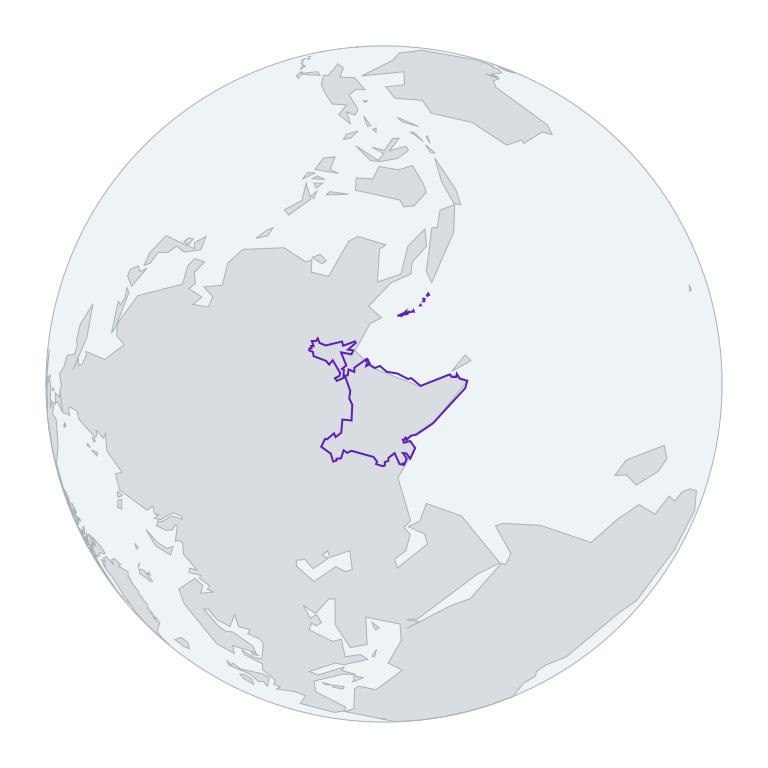 India on an orthographic globe, rotated 243°
{"feature_id": "IND", "entity_name": "India", "entity_type": "country or territory", "adm_level": 0, "iso_a3": "IND", "parent_name": "Asia", "parent_adm1": "", "projection": "orthographic", "projection_center": [83.514, 21.122], "detail": "medium", "context": "on_globe", "style": "outline", "palette": "violet", "viewbox_px": 768, "rotation_deg": 243, "n_neighbors": 0, "source": "natural_earth", "source_scale": "50m", "svg_char_len": 12369}
<svg xmlns="http://www.w3.org/2000/svg" viewBox="0 0 768 768"><g transform="rotate(243 384 384)"><circle cx="384" cy="384" r="338" fill="#eef3f6" stroke="#a8b0b8"/><path d="M506.9,69.2L511.1,71.0L526.3,77.8L515.6,73.3L550.8,90.7L566.8,101.5L542.9,86.5L535.9,83.1L543.9,88.5L538.4,86.3L539.2,88.0L532.0,85.3L518.6,77.9L513.7,76.3L519.6,80.3L516.1,81.0L508.2,75.1L501.3,75.8L477.6,65.9L462.2,56.3L443.2,52.3L418.0,47.8L448.2,52.2L477.9,59.4L506.9,69.2ZM409.4,47.0L408.9,47.0L407.1,46.9L409.4,47.0ZM379.7,46.1L379.3,46.1L384.0,46.2L383.8,46.4L379.2,46.5L374.1,46.3L375.7,46.2L371.8,46.3L371.3,46.3L379.7,46.1ZM370.3,46.4L368.9,46.4L367.3,46.5L370.3,46.4ZM362.5,46.8L361.9,46.9L351.6,47.6L351.0,47.7L362.5,46.8ZM538.4,83.7L533.5,81.1L540.2,84.5L538.4,83.7ZM540.5,88.8L543.6,90.4L542.7,90.7L540.5,88.8ZM530.9,87.1L528.4,87.5L528.6,85.7L530.9,87.1ZM525.4,86.9L519.6,89.1L526.0,92.5L504.5,84.9L516.6,85.0L515.8,81.9L520.3,85.1L525.4,86.9ZM387.5,46.2L382.2,46.1L390.9,46.2L387.5,46.2ZM393.0,46.3L419.8,48.0L425.2,48.9L415.2,47.8L425.6,49.5L415.1,48.9L407.0,47.9L405.6,47.3L402.6,47.7L393.0,46.3ZM493.6,80.7L490.2,80.5L491.2,79.4L493.6,80.7ZM384.4,46.5L389.3,46.4L394.4,47.1L385.5,47.3L386.7,47.0L384.4,46.5ZM433.5,50.5L435.7,51.4L427.8,51.1L427.6,51.6L415.3,49.1L433.5,50.5ZM383.2,46.9L380.8,47.5L374.2,47.5L380.0,46.6L383.2,46.9ZM399.5,47.3L401.5,47.7L397.4,47.5L399.5,47.3ZM349.5,49.1L355.3,48.4L358.4,48.5L349.5,49.1ZM380.4,47.8L382.6,47.8L384.5,48.0L381.6,48.4L380.4,47.8ZM410.6,49.3L406.8,49.2L415.2,50.3L409.6,50.6L402.5,49.0L403.2,49.9L401.5,50.0L397.6,48.7L410.6,49.3ZM384.3,49.6L373.3,48.7L361.9,49.6L358.8,49.3L377.7,48.0L384.3,49.6ZM392.5,49.1L386.7,49.3L385.8,48.5L389.1,48.0L392.5,49.1ZM408.4,51.6L418.8,51.4L420.0,51.8L408.4,51.6ZM381.2,49.9L383.9,50.2L380.5,50.0L381.2,49.9ZM400.2,51.0L403.8,50.8L405.1,51.2L400.2,51.0ZM386.4,51.2L382.9,50.8L385.0,50.2L386.4,51.2ZM392.9,51.2L393.8,51.9L387.9,50.3L394.3,51.0L392.9,51.2ZM400.9,51.5L402.8,51.7L399.2,51.6L400.9,51.5ZM380.3,54.0L372.4,52.1L377.2,50.7L384.2,52.6L380.3,54.0ZM77.8,241.0L109.8,200.7L108.5,209.9L125.8,219.4L126.4,224.2L115.2,238.0L120.7,270.5L133.4,261.1L147.6,282.8L162.9,289.3L184.6,262.0L159.6,250.6L164.4,234.4L191.7,231.2L214.9,242.8L217.5,237.0L210.5,218.8L223.6,211.5L208.9,211.9L209.1,219.1L199.9,220.0L199.2,213.6L203.9,211.0L199.1,205.7L178.1,221.1L176.0,230.0L158.7,225.5L153.5,240.4L146.1,244.4L152.0,220.9L157.4,214.1L161.9,186.8L154.6,193.3L149.9,219.9L147.9,216.3L138.1,226.9L144.0,215.9L151.1,186.7L140.6,183.5L113.7,203.1L110.5,200.9L113.9,190.8L137.3,164.4L142.0,172.7L150.3,165.0L161.0,149.9L161.5,154.2L166.5,149.6L169.4,152.7L184.9,146.1L189.6,148.8L206.8,136.5L211.5,136.6L200.0,143.5L194.5,150.4L207.5,158.8L213.3,157.6L223.4,149.3L225.7,153.3L233.8,144.3L246.7,146.4L237.8,136.8L249.5,128.5L263.2,125.1L265.5,121.1L243.0,126.7L235.5,130.8L231.6,136.7L209.7,148.2L202.9,147.7L219.7,130.4L211.8,128.3L228.4,117.1L278.9,106.3L294.3,108.0L296.6,127.3L286.6,131.0L280.8,125.5L276.0,138.0L281.2,133.3L283.2,137.2L294.8,131.4L296.7,134.0L304.5,124.6L308.2,127.1L303.1,133.0L323.4,128.1L334.0,132.5L337.7,130.3L338.6,126.7L351.4,135.4L353.5,133.5L350.2,129.8L352.2,123.8L360.9,117.0L364.8,120.4L362.2,123.3L362.7,135.1L355.2,143.1L357.7,143.9L365.2,137.8L364.6,123.3L368.6,118.3L370.4,124.7L370.1,122.0L373.4,120.7L380.3,122.8L379.0,115.8L409.6,100.3L426.1,104.0L424.2,110.6L449.8,106.7L466.3,113.3L463.2,109.5L473.3,106.5L468.3,104.3L467.5,102.4L491.2,96.2L499.8,98.2L506.5,93.4L504.9,91.7L498.9,89.8L504.5,84.9L526.0,92.5L528.6,95.7L540.3,99.3L544.4,106.4L553.3,114.7L551.1,122.0L558.3,128.7L562.1,129.5L574.7,140.1L587.6,161.0L560.5,140.5L537.8,113.1L545.7,123.4L538.9,120.4L538.7,124.0L544.6,131.9L548.4,133.2L532.5,146.3L536.9,170.3L548.7,167.8L559.2,174.5L574.5,204.7L564.5,249.7L578.5,263.1L581.5,272.6L574.1,279.5L569.5,265.6L559.1,261.6L557.7,253.3L544.2,261.2L541.6,249.8L532.4,262.5L539.4,271.1L552.2,267.6L545.5,284.8L562.6,299.6L568.0,319.3L550.8,356.8L528.2,369.8L527.5,376.2L516.7,369.9L505.0,383.5L527.2,417.4L527.4,427.7L507.2,448.8L506.3,441.3L477.8,424.4L474.3,449.1L496.0,467.9L503.5,490.8L487.6,484.6L479.8,464.5L469.7,457.9L471.1,436.6L460.3,405.4L444.2,411.9L444.2,399.1L426.8,373.2L403.0,381.6L365.9,414.6L362.8,446.9L349.2,460.3L327.7,412.5L324.6,380.6L312.7,382.5L294.1,353.8L250.0,345.6L247.4,336.7L238.3,339.0L225.7,328.0L223.1,313.6L213.9,312.3L221.7,350.3L232.1,351.9L245.9,340.9L245.7,353.8L258.3,367.5L231.3,393.1L171.9,406.0L172.3,381.2L159.3,306.4L163.2,299.7L163.4,298.9L163.6,297.3L156.1,307.6L155.9,293.4L156.2,343.4L153.5,363.5L171.0,407.2L167.8,410.1L175.3,420.1L206.9,418.9L205.7,426.8L187.0,459.3L148.7,496.5L157.4,530.3L160.8,556.4L145.0,566.3L154.6,587.1L147.6,590.0L152.6,600.8L151.6,609.1L147.0,613.9L130.2,603.3L122.7,592.8L104.5,567.6L76.4,510.7L73.7,490.7L69.4,471.6L58.1,422.2L60.1,401.2L58.7,389.2L54.9,386.6L54.1,372.3L52.4,368.9L47.2,356.9L47.3,355.3L50.1,331.7L54.6,308.4L60.8,285.4L68.5,262.9L77.8,241.0ZM88.2,227.9L84.9,233.5L88.2,227.9ZM233.0,271.5L251.1,277.8L253.9,257.0L261.1,258.0L259.5,251.0L254.1,255.5L251.6,236.9L263.4,234.0L266.8,225.8L260.9,223.4L239.8,232.0L243.1,258.1L234.3,264.5L233.0,271.5ZM190.8,124.1L188.1,128.2L181.4,132.3L175.5,131.6L185.1,125.4L190.8,124.1ZM185.7,133.5L204.0,118.0L208.4,118.7L202.9,120.7L203.9,122.7L195.2,126.8L181.5,143.6L174.7,148.5L167.5,142.9L173.6,141.6L176.0,137.2L185.7,133.5ZM243.2,85.8L251.2,81.5L250.3,88.2L243.0,91.7L236.6,90.5L241.6,85.8L243.2,85.8ZM341.3,48.8L340.0,49.0L337.1,49.3L341.3,48.8ZM331.2,50.2L331.3,50.2L334.3,49.8L349.5,48.1L368.6,46.6L372.7,46.9L370.5,47.5L366.6,47.9L365.1,47.4L360.9,48.3L355.8,48.0L351.9,48.7L324.8,51.7L327.0,51.1L308.5,54.8L307.3,54.9L331.2,50.2ZM342.6,67.5L342.6,64.6L333.1,70.6L328.0,68.5L327.2,69.4L319.8,69.4L309.6,71.2L308.6,69.9L305.0,71.3L300.1,71.7L294.8,73.2L291.2,71.8L284.5,73.7L286.6,72.0L276.1,75.9L282.3,72.5L276.5,73.4L273.5,76.2L266.7,69.5L259.1,70.8L249.3,74.3L261.3,69.2L278.1,63.2L295.5,58.6L301.1,58.7L305.5,56.9L309.5,56.6L304.4,58.1L314.7,55.7L316.6,56.0L332.1,54.8L345.8,52.2L351.8,52.1L347.4,53.3L356.4,52.4L352.2,54.9L356.4,55.1L356.3,58.2L345.4,61.2L350.9,61.3L351.2,64.3L342.6,67.5ZM379.9,54.8L368.0,57.8L359.4,58.5L363.0,53.0L359.8,52.5L361.8,49.9L374.4,49.3L372.6,49.9L373.9,50.5L369.5,50.5L373.9,51.0L371.7,52.1L374.5,53.0L369.9,53.6L379.9,54.8ZM132.7,220.7L134.3,222.9L137.9,224.8L131.8,231.9L132.7,220.7ZM137.1,200.7L139.3,201.1L132.4,211.1L130.9,209.2L137.1,200.7ZM146.3,193.3L139.9,200.4L142.4,195.4L146.3,193.3ZM202.6,143.8L205.7,144.3L203.7,146.5L199.4,148.8L202.6,143.8ZM313.3,88.2L314.7,85.6L317.1,85.3L325.9,80.3L330.4,81.9L326.9,85.6L313.3,88.2ZM177.0,265.2L169.2,268.9L168.4,265.1L171.2,264.5L177.0,265.2ZM146.8,249.8L151.0,257.0L145.1,251.6L146.8,249.8ZM319.7,89.1L322.9,86.8L323.2,89.1L319.7,89.1ZM334.2,82.9L335.6,85.2L332.0,81.6L334.2,82.9ZM327.8,698.4L334.0,701.1L328.4,700.7L327.8,698.4ZM206.2,565.3L202.1,605.8L189.3,602.4L181.6,588.5L179.5,562.8L192.7,559.0L197.7,548.1L206.2,565.3ZM577.3,534.2L585.5,534.0L585.1,535.5L577.3,534.2ZM568.8,530.7L578.5,529.6L566.9,534.1L568.8,530.7ZM582.2,529.1L592.0,524.6L596.3,521.6L595.3,524.6L582.2,529.1ZM562.1,531.8L524.3,536.2L508.9,533.8L512.8,528.3L537.7,527.1L562.1,531.8ZM511.6,528.2L487.7,515.1L452.7,472.6L465.2,472.9L501.4,497.6L499.1,502.4L513.6,513.1L511.6,528.2ZM568.2,494.2L565.8,508.4L545.2,509.9L535.7,508.8L529.1,491.7L532.8,482.2L540.8,481.6L569.7,446.6L580.2,452.8L571.7,467.2L580.1,478.2L568.2,494.2ZM364.5,450.0L373.0,469.3L365.4,472.2L364.5,450.0ZM580.1,422.9L569.3,438.4L578.7,418.4L580.1,422.9ZM584.8,404.5L586.2,411.5L580.9,405.4L584.8,404.5ZM528.5,386.0L520.1,388.5L519.3,383.5L529.4,377.4L528.5,386.0ZM572.0,336.1L574.3,350.8L573.6,356.0L568.7,347.6L572.0,336.1ZM362.7,105.8L345.3,110.4L335.8,116.1L335.1,122.6L328.6,116.1L343.3,107.1L362.7,105.8ZM403.4,100.3L403.9,95.6L408.6,97.0L409.2,98.3L403.4,100.3ZM400.2,97.8L391.6,93.5L395.1,90.5L401.2,94.5L400.2,97.8ZM355.1,89.6L349.6,90.7L349.5,88.6L355.1,89.6ZM601.3,641.9L608.6,634.0L615.1,629.5L606.1,638.2L601.3,641.9ZM597.5,618.4L540.7,647.2L530.1,647.0L536.7,639.1L534.9,617.6L538.8,617.5L541.2,601.7L577.0,581.3L603.9,549.0L619.3,547.0L633.6,523.5L648.0,520.5L641.2,538.0L653.1,543.6L668.7,504.0L668.4,538.9L672.0,547.7L664.2,569.2L630.1,614.2L617.5,625.8L618.4,623.4L612.3,628.9L607.6,630.2L611.6,620.1L605.3,625.4L614.4,614.9L603.8,625.1L604.4,618.8L597.5,618.4ZM695.7,514.4L697.0,511.2L697.0,511.4L695.7,514.4ZM707.3,482.3L707.1,482.9L708.5,478.4L707.3,482.2L707.3,482.3ZM708.9,467.7L709.7,465.0L709.7,466.3L708.9,467.7ZM597.5,531.9L609.5,519.1L615.5,516.9L597.5,531.9ZM708.8,464.3L707.4,465.6L707.9,463.3L708.8,464.3ZM709.6,459.4L709.9,456.6L709.7,462.5L709.6,459.4ZM707.5,455.7L708.8,459.1L707.2,456.6L707.5,455.7ZM706.2,457.6L704.9,456.5L705.1,455.5L706.2,457.6ZM684.2,474.9L690.2,488.3L684.0,491.2L677.6,483.9L670.2,496.8L654.8,500.7L659.1,493.2L657.6,484.2L640.2,485.5L636.7,480.1L643.4,474.1L631.1,472.2L644.6,465.8L649.6,477.5L657.0,465.0L668.7,463.7L679.1,464.0L686.4,470.2L684.2,474.9ZM643.6,494.6L645.8,494.0L643.6,498.4L643.6,494.6ZM702.2,451.7L704.2,456.3L703.8,458.1L702.7,458.0L702.2,451.7ZM688.2,467.1L696.5,452.4L698.2,451.6L692.5,466.5L688.2,467.1ZM695.0,446.3L698.4,445.9L699.8,451.0L699.0,453.1L695.0,446.3ZM616.2,489.4L615.5,493.2L611.8,491.1L616.2,489.4ZM621.1,486.2L631.9,487.6L620.0,489.5L621.1,486.2ZM585.8,480.4L589.3,488.4L600.4,480.9L591.9,490.4L598.9,503.2L596.2,509.0L589.3,495.0L586.0,511.3L581.1,511.8L578.8,498.7L584.1,481.3L589.1,473.5L608.8,467.0L585.8,480.4ZM621.2,475.7L618.2,466.2L620.3,459.0L623.6,463.6L621.2,475.7ZM608.5,443.6L599.6,433.3L592.3,439.2L606.4,419.9L612.8,432.9L608.5,443.6ZM599.8,418.9L593.0,424.3L599.5,413.3L599.8,418.9ZM590.8,420.6L589.3,412.5L595.0,412.6L590.8,420.6ZM603.5,418.6L603.5,404.3L607.1,412.0L603.5,418.6ZM584.8,394.4L598.5,405.9L582.0,402.8L577.8,375.9L584.5,374.2L584.8,394.4ZM600.2,280.2L596.6,273.1L601.7,270.3L602.8,275.9L600.2,280.2ZM615.1,257.2L601.9,267.3L590.7,276.6L595.9,279.2L596.4,292.4L586.8,281.8L592.1,266.2L601.2,261.6L599.3,251.0L603.9,242.6L597.7,230.3L598.7,224.2L607.0,234.4L615.1,257.2ZM594.7,225.2L585.7,203.6L596.8,204.6L601.3,209.6L600.8,218.8L594.9,217.6L594.7,225.2ZM586.8,198.9L581.0,197.9L555.6,169.6L553.0,164.2L578.3,184.8L574.2,185.1L578.4,192.3L586.8,198.9ZM493.0,82.2L490.4,80.7L494.2,81.7L493.0,82.2ZM464.5,101.3L464.1,98.9L468.6,99.8L464.5,101.3ZM465.6,93.0L460.8,93.6L464.2,91.5L465.6,93.0ZM450.4,95.6L458.1,93.2L453.1,97.6L450.4,95.6Z" fill="#d9dde1" stroke="#a8b0b8" stroke-width="1"/><path d="M302.4,365.5L305.7,361.5L317.6,362.1L316.2,354.5L313.5,352.8L314.1,349.3L311.0,347.7L311.4,345.5L316.3,340.6L318.1,342.6L323.8,341.5L339.3,324.6L339.3,320.0L343.3,317.9L337.3,312.0L338.9,307.7L337.3,306.8L337.9,303.5L346.2,304.9L356.6,299.6L361.9,306.6L360.6,308.3L362.7,317.0L358.6,316.8L360.0,323.8L371.2,330.8L366.2,338.5L379.9,346.3L387.0,346.5L393.1,350.8L407.7,352.7L408.1,343.5L411.5,343.0L411.4,347.9L413.6,349.9L428.5,349.1L426.2,343.9L430.9,342.9L440.8,333.9L444.8,335.2L447.8,332.6L449.5,333.6L448.6,335.6L451.0,336.3L449.7,338.5L455.1,339.2L453.2,343.0L454.7,345.7L449.9,345.2L444.8,349.5L440.9,365.9L436.6,365.0L435.2,377.4L433.4,377.5L431.0,367.6L427.9,371.9L425.2,368.5L431.7,360.1L417.6,358.8L416.5,353.4L415.0,354.7L409.6,351.6L408.2,355.6L413.0,359.1L408.2,363.0L412.0,365.0L414.3,380.3L412.7,380.8L412.0,377.7L411.8,380.4L409.2,380.6L409.6,377.6L408.1,376.3L408.3,379.5L402.4,383.1L401.9,388.6L393.6,392.0L387.3,400.7L377.5,407.7L376.9,410.9L365.7,415.7L362.7,447.1L359.7,447.4L357.4,451.3L360.1,453.5L354.4,453.9L349.1,459.6L343.5,454.6L326.7,409.6L324.2,389.6L325.7,384.7L324.5,380.0L327.3,378.4L324.2,378.5L325.9,375.5L322.6,375.0L321.2,381.5L312.8,382.7L305.5,373.5L312.0,372.4L313.9,369.5L307.2,370.4L303.3,365.7L305.4,364.2L302.4,365.5ZM437.0,438.7L435.8,436.8L438.5,426.9L438.3,432.8L437.0,438.7ZM444.6,464.6L443.1,464.5L444.0,463.1L444.6,464.6ZM436.3,443.6L435.0,443.4L435.9,442.5L436.3,443.6ZM441.3,458.8L441.3,459.6L441.1,458.9L441.3,458.8ZM442.2,457.7L441.9,458.8L442.0,457.6L442.2,457.7ZM443.2,462.2L442.9,463.1L442.7,462.8L443.2,462.2ZM437.9,452.4L437.4,452.5L437.6,452.0L437.9,452.4ZM436.8,439.2L436.3,439.6L436.5,438.9L436.8,439.2ZM438.6,435.7L438.8,436.5L438.2,435.9L438.6,435.7ZM439.9,457.6L439.5,457.5L439.7,457.0L439.9,457.6ZM436.8,430.5L436.5,431.4L436.6,430.4L436.8,430.5Z" fill="none" stroke="#5b21b6" stroke-width="2"/></g></svg>